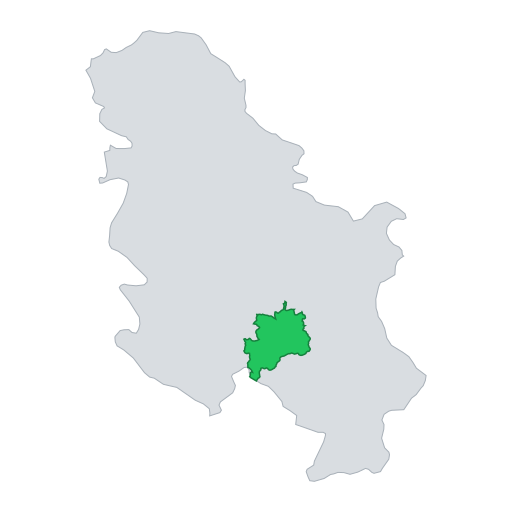 where Rasinski sits in Republic of Serbia
{"feature_id": "SRB-833", "entity_name": "Rasinski", "entity_type": "District", "adm_level": 1, "iso_a3": "SRB", "parent_name": "Republic of Serbia", "parent_adm1": "", "projection": "mercator", "projection_center": [21.143, 43.49], "detail": "fine", "context": "in_parent", "style": "filled", "palette": "green", "viewbox_px": 512, "rotation_deg": 0, "n_neighbors": 0, "source": "natural_earth", "source_scale": "10m", "svg_char_len": 9116}
<svg xmlns="http://www.w3.org/2000/svg" viewBox="0 0 512 512"><path d="M293.2,188.2L306.6,192.4L312.6,196.4L315.9,201.6L324.4,205.1L338.3,206.7L348.0,212.1L353.4,221.1L362.3,218.9L374.6,205.6L386.7,202.1L398.5,208.5L405.0,213.7L406.1,217.9L403.4,219.5L396.7,218.7L391.3,221.3L387.1,227.1L386.4,233.4L389.4,240.0L393.6,244.5L399.0,247.0L401.9,250.5L402.3,254.9L403.7,256.1L400.6,258.1L397.3,261.1L395.4,266.3L394.9,274.7L384.3,281.2L380.4,282.5L378.6,286.8L375.8,299.0L376.1,308.2L377.6,312.9L378.2,316.7L381.6,321.4L384.7,328.6L386.8,338.1L391.4,345.3L403.1,352.5L408.9,356.7L413.1,362.7L416.4,368.2L426.1,375.5L425.3,380.6L423.2,385.7L421.0,388.1L416.2,394.6L411.5,398.2L403.8,409.7L391.6,410.3L388.7,411.2L384.1,414.3L381.9,420.0L384.0,424.6L383.8,429.2L381.6,438.2L384.6,447.8L388.9,452.2L389.5,454.7L388.8,459.2L382.4,468.3L380.5,471.6L374.0,473.3L371.9,472.4L368.5,469.3L365.5,468.4L357.8,472.1L350.0,474.3L343.9,472.6L337.9,472.4L333.7,473.9L330.5,474.5L324.3,478.4L314.4,481.3L309.8,480.7L308.1,477.0L306.2,471.7L307.1,469.3L313.7,465.1L314.4,461.1L323.6,441.9L325.4,435.7L325.5,433.6L323.1,432.3L318.0,432.3L295.7,424.5L296.7,415.5L290.1,410.7L283.1,406.4L281.9,401.5L274.0,391.8L268.3,386.3L260.9,383.6L254.6,379.6L250.8,377.1L249.1,372.5L249.1,369.8L247.2,367.2L244.1,367.5L239.0,371.1L232.6,374.3L231.5,376.5L233.8,382.0L235.4,385.4L234.7,388.6L232.7,392.8L220.4,401.9L219.0,405.1L221.4,410.2L219.9,412.6L209.7,415.9L209.9,413.1L209.3,408.7L203.4,403.9L195.2,400.2L176.8,387.4L169.7,385.8L163.4,384.3L154.3,378.2L149.7,377.1L144.5,372.7L133.3,358.0L123.7,349.9L117.1,345.9L115.3,341.9L114.9,337.8L115.1,336.4L120.1,330.6L123.9,329.8L128.8,329.6L132.0,332.5L136.3,333.2L138.6,329.4L139.9,324.0L139.3,317.1L129.1,301.0L120.3,289.8L119.3,287.3L121.2,285.2L124.3,284.1L127.5,285.0L136.1,285.8L144.3,284.8L147.1,282.0L147.2,278.3L144.1,274.9L134.5,265.6L127.0,257.4L118.2,251.2L111.7,248.6L109.7,245.5L108.9,242.0L109.6,235.8L110.1,227.8L111.6,222.8L117.5,213.3L123.2,203.2L126.7,193.5L128.5,184.5L127.8,181.9L124.9,180.0L118.6,178.0L110.0,179.7L102.6,183.0L99.8,183.2L98.8,179.2L100.0,177.4L102.3,177.6L104.1,178.4L106.2,176.6L107.4,171.1L104.3,152.1L109.8,150.4L109.9,147.6L110.4,145.2L116.1,148.5L124.1,148.6L131.1,147.9L132.1,146.0L132.0,143.3L130.6,141.2L128.1,139.5L126.3,136.8L121.6,135.7L106.8,128.8L99.6,121.4L99.8,113.7L101.9,109.4L104.5,107.9L103.7,106.5L95.4,102.9L92.4,97.8L94.8,91.4L90.5,78.3L85.9,70.2L90.4,66.7L91.0,61.7L91.4,58.8L93.2,58.9L100.5,55.5L103.1,52.8L104.6,49.6L106.3,48.9L111.2,52.3L116.3,52.6L122.0,50.4L126.3,47.4L131.5,44.9L133.8,43.1L136.8,40.4L142.8,32.4L149.6,30.7L158.7,32.8L168.6,33.5L175.9,31.6L194.6,34.0L198.6,35.8L201.2,37.9L206.1,44.8L210.8,53.7L217.4,57.8L225.1,62.7L229.1,66.2L235.0,76.8L239.7,82.0L241.2,81.8L242.8,80.4L243.9,79.3L245.1,80.3L245.1,83.5L245.4,90.6L244.3,98.2L246.0,105.4L246.0,107.6L244.9,109.7L245.0,111.5L246.6,113.4L252.9,118.2L258.8,125.4L265.5,130.6L271.8,133.8L275.7,134.0L282.2,139.9L294.9,144.2L299.0,145.6L301.8,148.0L303.9,150.8L304.0,153.8L302.0,155.3L299.3,159.3L298.1,164.2L296.1,165.5L294.1,165.6L292.6,167.0L292.9,169.1L294.6,171.1L297.3,173.0L302.4,174.8L307.4,177.5L307.3,179.6L306.3,181.9L299.9,182.8L295.2,183.1L293.0,184.1L293.2,188.2Z" fill="#d9dde1" stroke="#a8b0b8" stroke-width="1"/><path d="M252.4,372.2L251.7,370.6L251.1,369.8L250.3,368.9L248.7,367.6L247.9,367.4L247.9,366.8L247.8,366.0L247.8,365.8L247.9,364.9L247.9,364.7L247.8,364.4L247.6,363.6L247.5,363.3L247.6,363.1L247.7,362.7L247.8,362.5L248.5,362.0L248.6,361.9L248.9,361.3L249.1,360.9L249.7,360.4L249.8,360.1L250.1,359.6L250.3,359.2L250.2,359.0L250.2,358.9L249.9,358.5L249.8,358.2L249.7,358.0L249.5,356.9L249.5,356.5L249.7,356.1L249.8,355.8L249.6,354.8L249.5,353.4L248.6,353.2L248.3,353.1L247.9,353.2L247.2,353.6L246.6,353.6L246.4,353.5L244.9,352.8L244.7,352.4L244.4,351.8L244.0,351.1L243.9,350.9L244.0,350.7L244.6,350.1L244.7,349.7L244.8,349.5L244.7,349.0L244.7,348.8L245.0,347.2L245.2,346.2L245.3,345.9L245.7,345.2L245.6,344.8L245.2,344.1L245.1,343.9L245.1,343.7L245.5,343.1L245.6,342.8L245.6,342.6L245.5,342.3L245.4,342.1L244.7,341.1L244.3,340.0L243.9,339.2L244.5,338.9L245.1,338.7L245.4,338.8L246.1,339.5L246.4,339.7L246.7,339.7L247.6,339.6L248.2,339.5L248.4,339.3L249.0,338.7L249.3,338.4L249.7,338.4L249.9,338.5L250.1,338.7L250.8,339.4L251.0,339.6L251.3,340.1L251.6,340.4L252.1,340.7L252.6,340.9L253.5,341.0L255.0,341.0L256.2,340.6L256.9,340.6L257.2,340.5L258.0,340.0L259.1,339.5L257.8,338.0L257.7,337.8L257.4,337.1L257.0,336.5L256.9,336.2L256.9,335.6L256.9,335.1L256.7,334.1L256.4,333.6L256.0,332.9L255.9,332.6L255.9,332.0L255.9,331.7L256.0,331.2L256.3,330.7L256.6,330.2L257.2,329.7L258.2,329.1L258.4,328.9L259.5,327.8L259.6,327.6L259.6,327.4L259.5,327.2L259.3,327.0L258.4,326.2L257.6,325.9L257.2,325.7L257.0,325.4L256.8,324.7L256.7,324.5L256.5,324.4L256.2,324.2L255.3,324.2L253.5,323.8L253.9,323.2L254.2,322.6L254.5,322.3L254.9,321.9L255.8,321.1L256.6,320.6L256.8,320.3L256.8,320.1L256.5,319.2L256.4,318.6L256.4,318.0L256.4,317.4L256.5,317.1L256.9,316.4L257.1,316.1L257.1,315.9L257.1,315.6L257.0,315.3L256.7,314.8L256.7,314.6L256.7,314.4L257.2,314.4L257.5,314.7L258.2,314.8L258.3,314.7L258.6,314.4L260.0,314.3L260.7,314.6L261.4,314.8L261.6,314.8L262.0,314.5L262.4,314.3L262.7,314.3L262.9,314.3L263.4,314.6L264.6,314.9L265.3,315.1L265.9,315.2L267.1,315.3L267.6,315.4L267.8,315.4L268.5,315.9L268.9,316.0L269.8,316.1L271.0,316.0L271.3,316.1L271.8,316.5L272.6,316.9L272.8,317.0L273.2,317.5L273.6,317.8L275.7,319.0L275.1,316.9L274.9,316.3L274.8,315.9L274.8,315.3L274.7,314.7L274.7,314.2L274.8,313.8L275.0,313.4L275.0,313.1L274.9,312.6L275.0,312.4L275.0,312.1L275.4,311.9L276.2,312.1L276.7,312.3L277.3,312.9L277.5,313.0L277.9,313.2L278.2,313.2L278.6,313.0L279.2,312.3L280.5,311.5L280.8,311.1L281.3,310.5L281.6,310.3L282.5,310.1L283.0,309.8L283.2,309.6L283.3,309.4L283.4,309.2L283.6,308.1L283.9,307.2L284.0,306.6L284.0,306.0L284.0,305.4L283.9,305.1L283.4,303.8L284.6,303.2L284.8,302.8L285.0,301.4L286.0,302.1L286.3,302.5L286.4,302.8L286.1,303.4L286.1,303.8L286.2,304.6L286.1,305.1L286.1,305.4L285.5,306.7L285.5,306.9L285.6,307.6L285.5,308.1L285.4,308.4L285.1,308.9L285.0,309.2L285.0,309.4L285.1,309.7L285.3,309.9L285.5,310.1L286.2,310.5L286.6,310.5L286.9,310.5L288.4,310.2L289.9,309.6L291.0,309.3L291.6,309.3L292.3,309.5L292.4,309.4L294.3,309.4L293.7,310.1L294.6,314.2L295.1,314.8L296.5,314.9L297.1,314.8L297.4,314.7L298.2,314.0L298.9,313.6L299.5,313.4L300.2,312.9L300.6,312.8L300.9,312.9L301.2,312.8L301.6,312.4L301.9,311.9L302.2,312.5L302.3,312.8L302.6,314.1L302.7,314.4L302.9,314.6L303.4,314.8L304.4,315.1L304.6,315.2L304.8,315.3L304.9,315.5L305.2,316.6L305.4,317.7L305.4,317.9L305.2,318.2L304.8,318.5L304.2,318.9L303.8,318.9L303.1,318.7L302.9,318.7L302.6,318.8L302.4,319.2L302.2,321.1L302.7,321.1L303.2,321.9L303.6,322.8L303.6,323.8L303.2,325.0L303.9,325.1L304.2,325.3L304.5,325.6L305.0,325.7L304.5,326.0L304.2,326.3L304.0,326.7L303.8,327.3L303.9,328.5L303.0,329.2L302.9,329.3L302.9,329.5L302.9,329.8L303.1,330.4L304.3,330.8L305.3,331.3L305.8,331.5L306.2,332.1L306.4,333.1L306.5,333.3L306.7,333.6L307.5,334.1L307.7,334.3L307.8,334.4L307.8,334.6L307.9,334.8L307.8,335.4L307.9,335.6L308.0,335.8L308.6,336.4L309.1,337.0L309.9,337.8L310.1,338.1L310.2,338.3L310.2,338.8L310.2,339.1L310.0,339.5L309.5,340.3L309.2,340.9L308.7,341.5L308.4,341.8L308.4,342.0L308.6,343.1L308.6,343.4L308.5,343.7L308.2,344.5L308.3,344.9L308.6,345.6L308.9,346.6L309.0,346.9L309.5,347.6L309.9,348.2L310.1,348.5L310.2,348.8L310.2,349.3L310.1,349.5L310.1,349.8L309.9,350.0L309.2,351.1L309.0,351.3L308.8,351.4L307.8,351.3L307.6,351.4L307.2,351.6L306.3,352.3L306.1,352.7L305.9,353.4L305.7,353.6L305.1,353.9L304.2,354.4L303.2,354.8L302.2,355.2L301.7,355.3L300.8,355.3L300.3,355.3L299.2,354.8L298.9,354.6L298.5,353.8L298.3,353.6L298.1,353.4L297.8,353.3L297.2,353.3L296.8,353.5L295.7,353.8L294.5,354.1L294.3,354.0L294.0,353.9L293.4,353.6L292.9,353.4L291.9,353.1L291.5,353.0L291.3,353.1L290.3,353.6L289.7,353.7L288.5,353.7L288.0,353.9L287.3,354.2L285.6,355.2L284.1,356.0L283.8,356.1L282.9,356.2L281.1,356.7L281.0,356.8L280.9,357.0L280.2,357.5L280.0,357.8L279.9,358.0L279.8,358.4L279.8,358.6L280.0,359.3L280.0,359.5L279.9,360.1L279.8,360.5L279.5,360.9L278.8,361.3L278.2,361.8L277.4,362.4L277.1,362.7L277.0,362.8L277.0,363.0L276.7,363.9L276.1,364.9L276.0,365.2L276.0,366.1L276.0,366.3L275.9,366.5L275.3,366.8L275.1,367.0L274.7,367.7L274.6,367.9L274.4,368.1L273.2,368.7L272.3,369.3L271.4,369.8L270.8,370.0L270.2,370.1L269.5,370.1L269.0,369.9L268.3,369.5L268.2,369.3L268.0,368.8L267.8,368.6L266.5,367.9L266.2,367.9L265.6,368.4L264.9,368.6L264.5,368.7L264.3,368.7L263.7,368.5L262.5,367.9L262.3,367.9L261.2,368.2L260.9,368.3L260.8,368.5L260.7,368.7L260.9,369.4L260.9,369.6L260.8,369.9L260.3,370.5L259.5,371.3L259.4,371.7L259.3,372.0L259.3,372.6L259.3,373.2L259.5,374.1L259.7,375.8L259.7,376.1L259.9,376.4L259.9,376.6L259.9,376.8L259.2,377.7L259.0,377.8L258.3,378.1L258.0,378.3L257.9,378.6L257.5,379.2L257.0,379.8L256.6,380.7L256.4,381.0L250.3,377.4L249.8,376.5L250.1,376.4L250.3,375.0L250.5,373.3L250.4,372.7L251.4,371.9L252.2,372.1L252.4,372.2Z" fill="#22c55e" stroke="#15803d" stroke-width="1.5"/></svg>